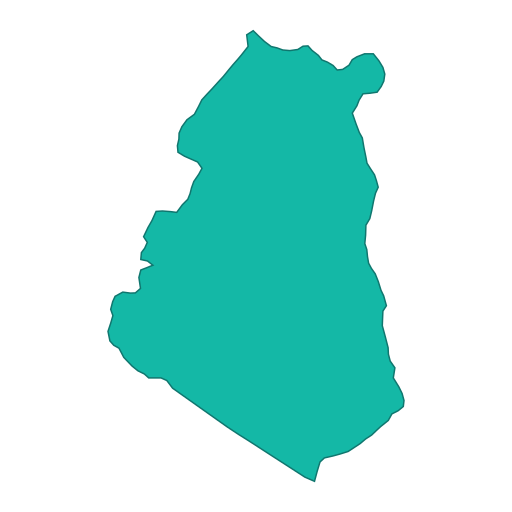 outline of Seropédica, Rio de Janeiro, Brazil
{"feature_id": "56859067B7240640432543", "entity_name": "Seropédica", "entity_type": "district", "adm_level": 2, "iso_a3": "BRA", "parent_name": "Brazil", "parent_adm1": "Rio de Janeiro", "projection": "robinson", "projection_center": [-43.696, -22.752], "detail": "fine", "context": "isolated", "style": "filled", "palette": "teal", "viewbox_px": 512, "rotation_deg": 0, "n_neighbors": 0, "source": "geoboundaries", "source_scale": "gbopen_adm2", "svg_char_len": 2011}
<svg xmlns="http://www.w3.org/2000/svg" viewBox="0 0 512 512"><path d="M314.5,481.3L317.2,471.2L320.0,462.0L324.4,457.9L332.8,456.0L340.1,454.0L348.1,451.5L353.9,447.7L360.4,443.4L365.7,438.9L371.7,435.0L376.4,430.5L380.6,426.6L388.3,420.4L391.9,413.9L398.2,410.7L403.3,406.5L404.0,400.5L402.1,393.5L398.8,386.8L393.3,377.9L394.9,367.8L390.2,361.1L388.4,354.2L388.1,347.7L385.3,336.8L382.3,325.7L382.6,317.8L382.9,311.1L386.4,305.7L383.7,295.9L381.0,290.3L378.3,281.6L375.2,273.8L371.4,268.4L368.6,263.2L367.5,256.7L366.8,249.6L364.8,243.6L365.6,235.1L365.9,225.2L369.8,218.6L371.7,210.7L373.6,200.9L375.5,193.2L378.2,187.2L376.4,180.6L374.5,174.8L370.6,168.9L367.0,163.2L365.9,157.2L364.0,147.9L362.3,137.9L359.3,132.5L356.0,123.8L352.3,113.1L356.9,105.8L359.1,100.1L363.0,93.8L370.1,93.2L377.1,92.2L381.2,86.5L383.8,81.1L384.8,74.1L382.9,67.4L378.9,60.8L373.3,53.8L364.6,53.8L356.9,56.8L352.3,59.6L349.0,65.2L342.7,69.4L337.2,70.0L333.1,65.5L327.4,62.1L321.9,59.9L318.4,55.4L312.0,50.4L308.0,45.9L303.0,46.2L297.8,49.5L289.8,50.6L282.8,50.0L277.1,47.9L271.1,46.5L264.5,41.5L258.4,35.8L253.2,30.7L246.7,34.8L248.1,46.5L241.4,55.0L237.6,59.5L233.0,64.7L228.6,70.0L223.4,76.4L218.5,81.7L211.9,89.0L206.8,94.4L201.8,99.9L198.6,106.4L194.4,114.3L187.0,119.7L181.9,126.7L179.1,133.1L178.9,139.1L177.4,145.7L178.0,152.3L184.5,156.2L190.8,159.0L197.6,162.0L202.0,168.3L198.8,174.2L193.8,181.5L191.5,187.9L190.1,193.6L187.8,199.3L182.4,204.7L176.7,212.4L170.4,211.6L162.5,211.0L156.1,211.4L152.0,220.5L148.0,227.5L143.6,236.7L147.3,242.4L144.7,248.2L141.4,252.6L140.8,259.5L147.5,261.0L152.9,265.2L146.5,267.8L140.8,270.0L138.9,277.5L140.5,288.4L135.4,292.9L130.4,293.1L122.8,292.1L115.1,296.3L112.7,301.6L110.7,309.3L112.9,315.6L110.7,323.2L108.0,331.4L109.9,340.9L113.8,345.3L119.0,348.2L123.8,357.4L132.0,366.0L137.9,370.8L144.4,374.0L148.7,377.9L154.7,377.9L161.0,377.9L166.8,380.5L172.6,388.2L227.5,427.1L238.7,434.5L248.1,440.4L305.0,477.2L314.5,481.3Z" fill="#14b8a6" stroke="#0f766e" stroke-width="1.5"/></svg>